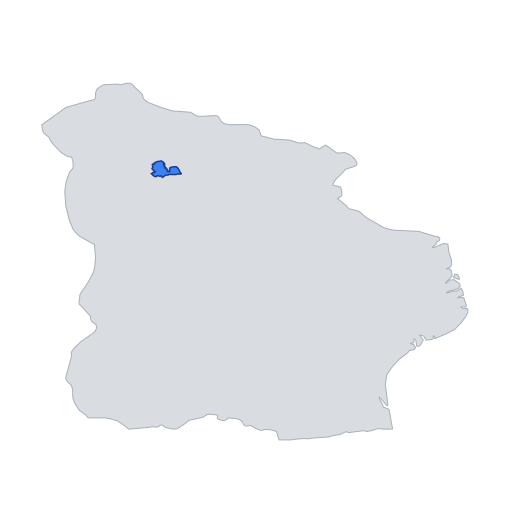 Gulani, Yobe, Nigeria (highlighted), rotated 263°
{"feature_id": "59680162B10585943230735", "entity_name": "Gulani", "entity_type": "district", "adm_level": 2, "iso_a3": "NGA", "parent_name": "Nigeria", "parent_adm1": "Yobe", "projection": "equal_earth", "projection_center": [11.802, 10.918], "detail": "fine", "context": "in_parent", "style": "filled", "palette": "blue", "viewbox_px": 512, "rotation_deg": 263, "n_neighbors": 0, "source": "geoboundaries", "source_scale": "gbopen_adm2", "svg_char_len": 6466}
<svg xmlns="http://www.w3.org/2000/svg" viewBox="0 0 512 512"><g transform="rotate(263 256 256)"><path d="M412.3,59.3L426.7,85.7L429.8,105.3L431.0,115.0L433.3,116.2L437.8,116.7L441.1,118.6L443.0,121.8L444.3,124.9L444.5,126.6L443.6,138.4L442.5,142.7L443.2,148.5L443.0,151.0L442.5,152.7L440.5,154.7L437.8,156.6L431.3,162.2L429.4,163.1L426.7,163.2L424.3,164.6L421.5,167.6L415.5,179.0L410.3,190.3L406.6,208.7L402.0,214.5L401.2,219.6L400.5,231.1L399.8,234.5L399.1,235.5L394.1,237.7L391.3,240.4L389.6,245.6L387.5,263.3L386.7,266.2L385.1,269.3L382.6,272.6L380.4,274.5L374.7,275.7L369.4,289.0L369.3,291.3L366.9,303.5L362.8,312.6L362.5,318.5L357.3,326.5L354.6,332.0L357.4,337.7L357.6,338.7L348.7,348.4L348.2,349.8L347.8,356.5L347.1,358.3L345.5,360.8L343.1,363.5L340.6,365.6L337.8,367.0L335.2,367.6L333.7,366.7L332.9,364.7L331.4,356.5L330.6,354.7L328.9,353.1L322.0,344.1L317.9,340.9L317.0,341.2L316.3,342.0L315.1,346.6L314.0,348.3L311.8,348.8L308.0,348.9L305.2,348.2L304.6,347.3L303.2,343.8L294.7,352.0L291.7,353.8L287.9,363.6L282.5,368.4L278.8,372.6L268.9,385.9L266.9,389.8L264.9,395.6L260.6,420.5L253.7,436.1L252.8,439.4L252.4,439.3L251.5,440.7L248.8,439.8L247.7,436.9L246.0,436.4L243.2,432.2L242.6,432.9L245.6,443.6L244.4,447.9L236.1,447.9L228.8,449.4L223.9,449.2L221.4,447.7L220.3,443.7L219.9,444.1L219.6,446.3L218.0,448.0L212.5,448.3L210.0,445.5L208.0,442.5L205.9,441.1L206.2,442.4L208.6,445.4L208.3,449.7L203.8,454.7L201.0,455.0L199.2,452.8L198.3,449.3L197.9,444.1L196.7,440.7L196.1,440.7L196.9,446.4L196.9,451.6L199.0,455.7L195.7,457.0L191.8,457.1L191.3,455.6L190.8,452.2L190.1,451.3L189.3,457.1L181.2,458.7L180.1,458.5L179.8,457.4L180.4,455.8L180.3,453.2L178.5,455.2L178.2,459.2L177.2,459.8L174.1,459.3L170.8,457.2L165.3,452.2L158.7,444.0L157.6,440.4L155.7,435.8L152.2,423.4L152.9,422.9L154.4,423.6L155.2,422.4L152.4,421.5L151.8,420.6L151.7,417.9L151.8,414.5L156.0,412.8L157.0,410.8L157.6,408.7L152.4,411.8L147.5,408.3L146.5,406.2L147.0,404.5L152.7,404.4L154.6,402.8L153.4,402.3L151.3,402.3L150.5,401.3L150.6,398.8L149.9,399.3L148.9,401.6L145.7,403.2L143.7,401.6L143.6,397.9L143.2,396.2L141.5,394.9L135.9,385.1L128.7,377.0L122.3,371.4L112.6,368.7L92.4,368.8L91.3,368.1L92.5,366.8L94.3,365.9L100.8,361.4L99.7,360.8L93.0,363.6L90.6,363.9L87.6,369.3L67.7,370.5L67.8,368.0L68.7,360.9L69.9,355.9L68.6,349.9L68.3,344.5L69.2,342.8L69.5,340.7L69.4,326.8L70.4,324.7L70.5,323.3L68.5,317.4L68.5,312.8L68.2,308.4L67.5,306.4L68.4,289.4L68.2,285.2L68.9,282.2L69.3,274.9L69.3,267.7L70.7,256.4L79.3,254.9L81.4,250.5L82.6,244.9L82.3,239.3L85.1,234.4L88.4,230.1L88.4,225.4L89.3,223.9L90.9,222.8L93.2,222.3L95.7,219.9L97.2,215.8L98.6,209.2L96.5,204.6L96.5,203.6L97.4,201.1L98.7,198.6L99.8,197.8L102.3,198.5L103.1,197.5L104.7,190.2L104.6,188.3L102.3,183.4L101.2,170.2L100.6,168.5L98.8,166.1L94.1,156.8L94.3,152.4L96.3,146.8L97.7,144.1L99.5,142.6L99.9,141.3L99.3,139.7L98.4,138.5L98.3,136.0L99.2,132.5L99.0,128.6L99.6,108.8L103.5,104.9L109.2,98.5L112.1,91.7L113.7,86.6L115.8,69.7L118.8,67.8L124.5,61.7L132.1,58.1L137.1,56.9L145.8,57.7L150.2,57.0L154.0,53.7L155.7,52.8L158.1,52.2L179.7,61.0L181.7,60.6L183.3,61.2L186.0,63.5L192.3,71.7L199.0,84.4L201.0,87.2L203.1,88.6L205.2,89.2L206.9,89.0L208.4,87.8L210.5,85.3L213.7,84.2L216.3,84.5L229.9,74.7L231.2,74.6L239.5,76.7L250.8,86.5L260.0,92.9L266.5,95.0L274.1,96.5L287.1,97.0L297.0,83.3L300.6,80.3L305.0,77.6L314.2,75.1L329.3,73.3L343.5,74.1L352.3,76.4L361.6,80.9L365.6,85.2L372.0,85.9L376.5,85.0L377.9,80.8L382.5,75.2L389.3,70.0L394.8,66.4L399.3,64.8L403.4,60.7L406.6,59.4L412.3,59.3ZM213.0,453.8L209.9,455.1L207.9,454.8L210.6,449.1L212.0,450.4L213.8,450.9L213.0,453.8Z" fill="#d9dde1" stroke="#a8b0b8" stroke-width="1"/><path d="M361.9,173.7L361.7,170.9L361.8,170.4L361.7,169.3L361.5,168.5L361.4,168.3L361.3,167.8L361.1,167.7L361.1,167.3L360.6,166.9L360.5,166.3L360.1,166.5L359.7,166.5L359.5,165.8L359.8,164.8L359.7,164.7L359.4,164.2L357.0,164.4L356.1,164.0L355.8,163.7L355.3,163.4L354.9,163.8L354.6,164.0L354.4,164.2L353.6,164.6L353.2,164.7L352.1,166.3L351.8,166.0L351.2,165.3L351.4,164.2L351.3,163.6L350.6,162.7L350.4,162.2L349.2,163.3L348.8,163.4L348.4,163.9L348.0,164.3L347.5,164.8L347.3,165.2L346.9,166.3L347.0,167.0L347.4,167.2L347.8,168.1L347.8,168.3L346.7,170.5L347.1,171.0L346.9,171.8L346.3,172.2L346.0,172.4L345.7,172.7L345.4,172.8L345.6,173.2L345.7,173.5L345.9,173.8L346.1,174.0L346.4,174.5L346.5,174.7L346.6,174.8L346.7,175.0L346.8,175.2L346.8,175.4L346.9,175.6L347.1,176.0L347.2,176.3L347.2,176.6L347.2,176.8L347.2,177.1L347.2,177.6L347.2,177.9L347.1,178.1L347.1,178.4L347.1,178.5L347.1,178.8L347.2,179.0L347.4,179.4L347.5,179.9L347.4,180.4L347.4,180.5L347.4,180.8L347.4,181.1L347.3,181.4L347.3,181.5L347.2,181.8L347.2,182.1L347.1,182.5L347.1,182.8L347.1,183.0L347.1,183.8L346.8,184.4L346.8,184.6L346.7,184.9L346.8,185.4L346.7,186.1L346.7,186.5L346.7,187.0L346.9,187.9L347.0,188.0L346.9,188.9L346.8,189.6L346.6,190.2L346.6,190.5L346.6,190.8L346.6,191.2L346.7,191.8L346.9,191.9L347.1,191.9L347.4,191.6L347.8,191.0L348.1,190.9L348.5,190.9L348.8,190.8L349.2,190.6L349.5,190.5L349.9,190.5L350.2,190.4L350.6,190.1L351.2,189.9L351.9,189.5L352.7,189.2L353.0,189.1L353.6,188.5L354.2,187.9L354.6,186.1L354.6,185.3L354.6,185.0L354.5,184.7L354.5,184.1L354.5,183.7L354.4,183.2L354.4,182.8L354.3,182.4L354.3,182.2L354.3,181.9L354.2,181.8L354.2,181.6L354.1,181.4L353.8,181.2L353.7,181.1L353.4,181.0L353.0,181.0L350.8,180.6L350.4,180.7L350.4,179.8L350.4,179.6L350.5,179.1L350.6,178.9L350.8,178.8L350.8,178.7L350.9,178.8L351.0,178.8L351.0,178.7L351.3,178.7L351.5,178.8L351.6,178.7L351.7,178.8L351.8,178.8L352.1,178.5L352.3,178.5L352.5,178.4L352.7,178.2L352.7,177.9L352.8,177.8L352.9,177.7L353.0,177.8L353.1,178.0L353.3,177.9L353.5,177.8L353.6,177.7L353.7,177.4L353.8,177.4L353.8,177.5L353.9,177.4L353.8,177.2L354.0,177.1L354.3,177.0L354.5,177.1L354.5,176.9L354.6,177.0L354.7,176.9L354.8,176.8L354.9,176.7L354.9,176.4L355.0,176.4L355.3,176.4L355.5,176.3L355.6,176.2L355.7,176.3L355.8,176.4L355.9,176.2L356.0,176.2L356.3,176.0L356.2,176.0L356.3,175.9L356.3,176.0L356.5,176.1L356.8,176.2L357.0,176.2L357.1,176.3L357.3,176.4L357.4,176.2L357.5,176.2L357.8,176.1L357.9,175.9L358.0,176.0L358.0,175.9L358.1,175.7L358.2,175.4L358.3,175.4L358.4,175.5L358.5,175.5L358.5,175.4L358.7,175.2L358.8,175.0L358.8,174.9L358.9,175.3L359.1,176.2L359.3,176.1L359.5,176.0L359.6,175.9L359.8,175.9L360.0,175.8L360.1,175.7L360.3,175.6L360.7,175.2L360.9,174.9L361.2,174.1L361.4,173.9L361.8,173.9L361.9,173.7Z" fill="#3b82f6" stroke="#1e3a8a" stroke-width="1.5"/></g></svg>